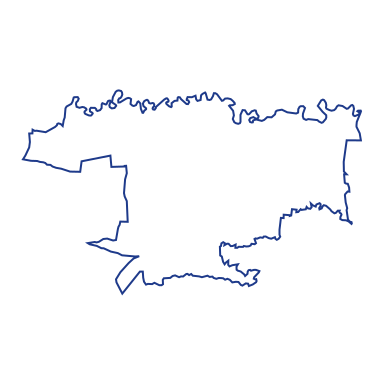 Camarón de Tejeda, Veracruz, Mexico (Albers equal-area conic projection)
{"feature_id": "50627088B3640264870704", "entity_name": "Camarón de Tejeda", "entity_type": "district", "adm_level": 2, "iso_a3": "MEX", "parent_name": "Mexico", "parent_adm1": "Veracruz", "projection": "albers", "projection_center": [-96.566, 19.003], "detail": "fine", "context": "isolated", "style": "outline", "palette": "blue", "viewbox_px": 384, "rotation_deg": 0, "n_neighbors": 0, "source": "geoboundaries", "source_scale": "gbopen_adm2", "svg_char_len": 6000}
<svg xmlns="http://www.w3.org/2000/svg" viewBox="0 0 384 384"><path d="M275.8,111.4L275.0,114.4L271.6,117.3L267.3,117.1L264.2,119.9L261.8,120.9L256.3,119.5L254.2,120.0L253.1,120.6L252.8,122.3L251.8,122.5L250.1,122.0L249.2,120.0L250.3,118.1L253.3,117.1L255.7,118.5L257.0,118.7L258.2,117.9L258.6,116.1L256.6,113.5L255.8,110.6L254.6,110.3L251.8,111.3L249.2,114.1L248.3,114.4L247.5,114.2L245.0,110.3L242.6,110.1L240.5,114.8L240.5,121.9L239.9,123.2L238.2,123.8L235.9,123.2L234.3,122.2L232.8,119.0L233.9,115.4L233.1,110.8L229.1,105.8L229.7,105.3L232.6,105.2L234.8,104.0L234.6,102.9L232.7,100.8L230.7,99.1L227.7,98.4L225.1,98.6L223.1,100.5L221.9,100.8L217.1,94.3L215.3,93.2L213.9,93.2L213.0,96.1L211.1,99.4L209.6,100.0L207.5,99.6L205.7,93.3L205.1,92.5L202.5,93.9L201.1,95.3L200.6,100.0L197.5,100.9L196.2,99.4L195.5,95.7L191.9,97.2L187.6,97.1L186.7,99.2L186.8,100.1L188.4,100.5L189.2,102.1L188.0,104.1L186.5,104.0L181.1,99.2L179.8,97.3L178.3,97.1L177.7,97.7L177.4,100.6L174.5,100.9L171.6,103.2L171.7,106.6L171.1,107.1L169.1,106.3L166.5,104.0L166.1,103.0L166.6,102.2L168.3,101.7L168.6,100.9L168.1,99.5L167.0,98.3L166.3,98.3L164.3,99.5L155.9,107.0L155.8,108.1L154.6,109.7L153.2,109.5L152.6,108.7L152.9,107.4L154.1,106.3L154.2,104.4L153.6,103.3L152.6,103.0L150.6,103.5L149.2,103.1L148.1,100.5L147.0,99.8L145.6,100.3L144.1,101.3L142.9,103.6L143.5,106.1L146.1,108.3L146.1,109.2L144.2,110.8L143.2,112.8L142.5,112.8L140.9,108.9L140.3,103.4L138.5,101.4L137.6,101.8L136.0,105.1L133.8,106.0L132.4,105.6L130.5,103.9L131.1,99.1L129.8,98.2L128.2,97.9L126.4,98.5L120.0,102.4L118.4,102.5L118.2,100.0L119.3,98.3L120.4,98.1L121.5,96.6L122.3,94.6L122.0,92.4L121.1,91.0L118.8,90.4L117.2,90.7L115.7,91.8L112.9,97.1L112.0,102.3L115.8,104.9L116.2,105.8L114.5,108.0L111.8,108.4L109.8,107.1L109.3,105.3L110.6,101.5L110.1,100.6L109.1,100.6L108.0,101.1L106.4,104.3L105.8,104.5L102.4,103.2L101.7,104.3L101.6,108.1L100.1,110.1L97.4,111.0L96.4,110.3L96.2,109.1L94.9,107.9L90.9,107.8L89.8,109.3L90.0,111.4L92.4,112.8L92.7,113.6L91.3,115.4L90.2,115.6L88.8,115.4L85.3,113.9L84.5,112.7L84.6,111.5L86.5,109.7L86.2,108.6L84.1,107.3L82.3,107.0L79.5,107.8L76.6,106.8L76.0,104.0L76.3,102.4L77.8,100.9L78.7,98.7L77.7,97.1L74.3,97.2L73.7,97.5L72.6,101.5L71.3,103.9L66.6,106.5L65.5,108.3L64.7,117.5L63.7,120.3L62.7,126.0L60.7,124.0L58.4,123.4L57.3,123.9L56.9,125.3L55.0,127.0L45.7,132.2L36.6,130.7L34.8,130.9L32.6,129.7L32.4,133.4L29.2,133.5L29.9,142.0L29.2,147.4L25.4,155.5L23.0,159.3L31.0,160.8L37.2,161.0L39.9,161.9L43.3,162.3L45.3,163.0L47.0,164.7L50.5,164.9L52.5,166.5L56.1,167.8L61.2,168.7L70.1,171.6L80.2,171.8L81.6,161.3L110.4,155.6L111.4,166.9L124.7,166.5L124.7,165.9L126.1,165.8L126.8,173.2L125.1,179.3L124.0,193.1L124.7,196.5L126.8,201.1L127.7,221.8L120.3,221.6L119.6,224.9L118.5,226.7L117.9,229.0L116.0,240.0L113.1,240.5L107.2,238.6L103.3,239.0L98.9,241.8L96.7,242.4L94.7,242.0L87.8,243.1L89.7,244.3L96.8,245.9L101.4,248.2L103.7,248.3L110.9,251.6L117.8,253.1L122.0,255.3L135.3,256.5L139.2,256.2L133.6,258.5L128.7,263.0L120.4,272.2L116.0,279.3L116.5,282.4L122.3,293.6L139.9,271.6L142.8,271.6L143.2,277.7L144.0,281.7L146.0,284.6L147.9,283.9L152.1,284.1L154.4,282.8L159.3,285.2L161.6,285.2L163.0,284.2L162.8,279.9L163.8,278.3L170.3,277.9L172.6,276.0L175.1,275.4L179.1,277.2L181.0,276.4L183.1,276.5L186.3,274.0L187.5,273.9L189.1,275.1L191.2,274.0L192.8,275.7L199.1,276.4L201.9,277.2L207.5,275.7L209.6,276.9L212.5,276.6L213.6,277.9L216.3,278.8L218.8,278.0L221.3,278.1L223.2,278.3L225.1,279.7L227.4,278.8L229.8,279.8L232.3,282.4L235.9,281.8L238.5,282.0L240.8,284.9L242.4,285.6L245.8,283.4L248.1,283.7L248.9,286.0L252.7,284.5L256.1,282.2L256.6,281.0L256.2,279.2L255.3,279.4L253.8,278.7L254.2,277.2L258.8,272.4L259.4,271.1L256.0,269.9L253.9,269.9L251.0,270.7L250.1,269.9L248.6,270.2L247.7,271.6L247.5,273.8L245.1,276.0L244.2,274.4L240.7,271.5L237.7,270.6L236.6,269.7L236.5,266.7L237.9,264.3L232.4,265.2L229.5,266.4L228.2,264.8L228.3,260.7L226.1,262.4L224.6,264.3L223.1,261.8L221.8,256.5L220.2,255.5L219.9,246.7L221.0,246.0L221.4,243.4L223.2,242.2L224.8,243.2L224.4,245.2L227.1,243.7L228.6,243.8L230.7,246.1L232.7,246.0L235.6,244.6L235.4,247.8L237.3,247.8L238.7,246.8L243.0,246.9L243.8,246.0L246.3,246.5L248.7,246.3L250.6,245.5L251.5,243.8L254.7,244.2L256.0,243.2L254.5,239.0L255.5,238.4L257.0,238.7L260.2,237.4L262.8,237.8L263.7,236.6L265.7,236.5L268.7,238.1L271.2,238.7L274.9,237.2L275.5,238.9L276.8,239.8L278.6,238.8L280.2,236.7L279.5,234.7L279.5,229.7L280.9,217.9L283.6,218.1L283.7,214.7L290.0,215.2L289.9,215.9L291.2,215.5L292.0,209.2L296.6,209.7L296.3,212.2L298.2,212.0L300.7,209.2L301.5,209.9L305.8,209.3L306.6,206.9L308.0,208.4L310.3,208.8L311.6,207.2L310.9,203.5L312.8,205.3L315.7,206.6L316.4,204.5L319.6,203.2L320.6,204.2L320.5,206.1L319.2,208.1L319.5,209.4L321.7,208.4L322.7,206.2L323.8,205.2L326.1,205.8L330.2,209.4L331.5,211.2L334.4,213.3L335.8,212.9L337.8,210.7L339.6,210.7L339.2,211.6L339.8,212.8L341.1,213.6L341.5,214.7L340.4,217.0L340.3,219.0L342.3,220.1L346.0,220.3L348.6,221.4L351.5,223.9L351.8,223.4L351.5,222.1L349.9,221.7L348.0,219.6L346.6,210.1L347.2,208.2L345.7,202.5L344.9,195.1L345.1,194.3L347.6,191.5L349.4,191.7L349.3,190.3L349.1,187.5L347.8,183.8L346.1,183.6L344.8,182.8L344.1,174.3L346.6,174.3L343.9,171.5L343.7,161.9L346.7,140.3L360.9,140.4L359.7,133.3L356.5,126.8L356.5,125.0L356.8,121.9L360.5,112.7L361.0,111.2L360.7,110.6L358.0,110.7L357.4,111.2L358.9,112.2L359.6,113.3L359.0,114.4L354.9,116.1L353.5,115.5L352.9,114.0L354.0,108.9L353.3,105.9L352.3,105.0L351.2,105.3L348.0,108.5L346.7,108.8L342.5,106.0L338.5,105.3L337.0,106.4L335.7,108.7L334.2,110.1L331.6,110.7L329.5,110.1L326.5,108.7L326.0,107.7L326.3,105.1L325.8,102.7L324.1,100.1L322.9,99.6L321.2,100.4L317.8,105.9L322.6,111.8L326.2,115.2L326.3,117.4L325.8,118.9L322.9,122.3L321.6,122.8L319.1,121.6L317.4,120.1L308.2,119.1L306.1,119.9L303.6,118.7L302.8,116.3L303.0,113.6L305.0,108.0L303.3,106.2L300.7,106.2L299.6,106.8L298.3,109.1L298.1,112.6L296.2,113.5L287.3,112.3L281.9,109.7L277.2,110.5L275.8,111.4Z" fill="none" stroke="#1e3a8a" stroke-width="2"/></svg>